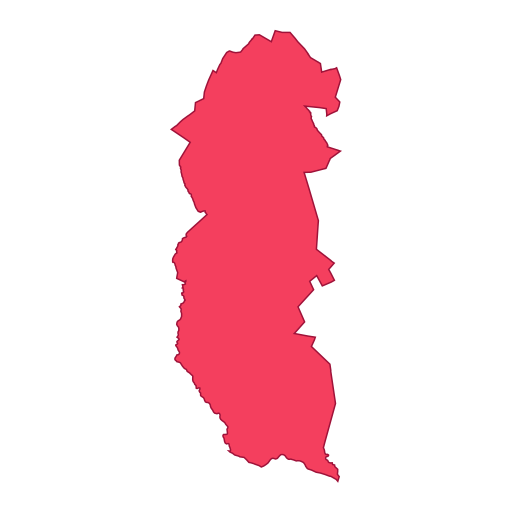 the district of Matobo, Matabeleland South, Zimbabwe
{"feature_id": "62879985B11044582115440", "entity_name": "Matobo", "entity_type": "district", "adm_level": 2, "iso_a3": "ZWE", "parent_name": "Zimbabwe", "parent_adm1": "Matabeleland South", "projection": "mercator", "projection_center": [28.344, -20.969], "detail": "fine", "context": "isolated", "style": "filled", "palette": "rose", "viewbox_px": 512, "rotation_deg": 0, "n_neighbors": 0, "source": "geoboundaries", "source_scale": "gbopen_adm2", "svg_char_len": 6072}
<svg xmlns="http://www.w3.org/2000/svg" viewBox="0 0 512 512"><path d="M259.4,34.8L255.0,35.1L252.5,38.8L252.3,38.7L251.9,39.0L251.2,40.2L249.6,42.0L249.0,42.9L248.8,43.7L243.0,48.7L243.0,49.1L240.6,52.1L235.9,52.7L232.9,52.2L229.7,51.0L229.3,51.0L226.7,52.5L222.7,58.6L220.9,63.3L219.9,64.5L217.7,69.2L216.3,72.7L213.0,70.5L208.6,80.2L206.4,86.0L204.4,92.0L203.7,98.6L195.5,102.6L194.7,110.9L189.5,114.9L187.8,116.0L183.0,119.5L180.4,121.8L176.4,125.8L175.6,126.1L171.3,129.4L183.4,137.5L190.2,142.3L179.3,160.2L179.4,164.8L179.6,165.7L180.3,166.2L180.7,167.0L180.7,167.5L180.5,167.8L180.5,168.4L181.2,170.2L181.1,171.1L181.1,172.1L181.6,173.7L182.1,176.5L182.7,177.4L183.0,178.5L183.1,179.4L183.8,181.4L184.1,182.9L185.0,183.9L184.8,185.2L185.3,185.9L185.4,186.6L186.2,187.6L186.7,188.2L187.1,188.5L187.3,188.9L187.9,189.6L188.0,191.0L188.3,191.6L189.0,192.4L189.3,193.4L190.0,193.8L190.3,193.7L190.8,193.9L191.3,194.6L191.4,195.3L191.2,196.2L192.5,198.2L193.3,200.7L194.2,202.5L194.5,204.0L195.9,207.7L198.1,211.2L198.5,211.5L199.8,211.7L200.1,212.2L200.7,212.2L201.8,211.6L203.9,210.9L205.1,210.9L205.2,211.2L205.2,212.4L206.0,213.1L206.2,213.6L207.0,214.6L187.8,232.0L186.4,233.6L186.1,234.7L186.2,235.5L186.4,235.4L186.7,236.4L185.9,237.3L184.6,237.5L183.2,238.1L182.4,238.8L182.4,239.9L181.9,241.1L180.8,242.2L179.1,242.6L178.5,243.2L178.5,243.7L177.9,244.5L177.9,245.6L177.3,247.1L176.9,247.5L176.5,248.8L176.0,249.0L175.7,249.3L175.8,249.6L176.8,250.7L176.6,251.9L176.9,252.9L175.3,254.0L173.5,257.0L172.8,258.7L172.6,260.1L172.7,262.0L172.9,262.3L173.5,262.2L174.1,262.6L174.7,263.3L175.1,264.6L175.2,265.3L175.8,266.4L176.1,268.3L177.7,272.6L176.9,276.9L176.7,278.4L184.1,281.8L185.8,280.8L185.8,281.0L185.8,281.5L185.0,282.8L185.4,283.9L184.9,284.2L184.8,284.3L183.7,284.7L182.4,284.7L182.9,286.9L182.9,287.2L182.4,287.8L183.1,287.9L183.1,288.2L183.0,288.5L183.5,289.1L183.2,289.4L183.2,289.9L183.4,290.7L183.4,291.4L183.7,291.7L183.7,292.0L182.9,292.6L182.7,293.0L181.9,292.9L181.7,293.5L182.0,294.3L182.0,295.0L183.5,295.8L183.9,296.5L183.9,297.9L184.2,298.7L184.5,298.9L184.9,299.7L185.0,299.9L184.7,300.2L184.9,300.6L184.3,301.2L183.9,302.2L182.9,303.2L180.9,304.0L180.9,305.2L180.7,305.6L180.4,306.0L179.4,306.6L179.5,306.9L180.8,308.3L181.2,309.2L180.9,311.3L181.6,313.4L181.6,316.4L180.5,319.1L179.5,320.1L178.4,320.6L177.6,321.4L177.1,322.1L176.7,324.3L177.3,325.7L178.5,327.1L178.9,328.9L178.7,330.8L178.1,331.7L178.0,332.3L178.0,333.4L178.3,334.5L178.3,334.9L178.2,335.5L177.0,337.2L178.5,338.3L178.9,338.9L179.0,339.6L177.0,341.4L176.9,342.0L177.6,343.2L177.6,343.7L177.4,344.0L175.9,344.8L175.8,345.6L177.4,347.7L178.2,350.2L179.4,352.0L179.5,353.0L179.2,353.9L178.4,354.6L177.9,354.8L177.1,354.8L176.8,355.0L176.4,356.0L175.0,358.1L174.9,359.2L175.1,359.8L175.4,360.2L176.2,360.8L176.9,361.7L178.7,362.1L180.3,362.7L182.5,366.2L184.0,368.0L184.5,368.5L186.1,369.3L186.6,369.9L187.2,371.4L190.0,373.2L190.1,373.5L192.6,375.8L192.8,376.4L192.7,379.5L192.9,380.8L193.2,381.6L194.3,383.0L194.8,384.4L195.6,385.1L196.0,385.5L196.3,388.3L197.1,388.5L198.9,387.8L199.9,388.1L199.9,389.2L199.2,390.5L199.2,391.0L199.7,392.1L200.6,393.0L200.6,395.3L201.0,396.0L203.4,397.6L204.1,398.6L204.6,400.3L205.4,401.9L206.6,402.4L208.3,402.6L209.5,403.5L210.3,404.9L210.4,406.1L211.1,408.0L212.7,410.2L213.5,411.9L214.6,413.1L216.8,413.7L217.1,413.7L218.0,413.3L218.9,413.2L219.5,413.7L219.9,414.3L220.1,415.4L219.9,416.6L220.0,417.9L220.7,419.3L222.0,420.5L224.7,422.5L225.9,424.5L227.8,426.6L227.9,426.9L227.8,427.9L227.0,429.2L227.4,432.5L227.4,433.7L227.2,434.0L226.4,434.4L223.6,434.5L223.3,434.8L223.0,435.4L223.0,436.2L223.3,437.1L224.0,438.2L224.6,441.5L225.2,443.0L226.5,443.9L227.8,443.6L228.6,443.6L229.0,444.1L229.3,446.2L229.9,447.4L230.5,449.6L230.5,450.6L230.2,451.2L228.9,451.0L229.9,452.0L232.6,453.3L234.6,454.9L235.1,455.1L238.7,456.1L239.8,456.8L244.1,457.4L246.6,459.8L248.9,462.4L251.0,462.8L253.9,463.7L255.0,464.2L259.1,465.6L261.3,467.0L263.7,466.0L265.7,464.7L267.7,463.2L268.2,462.7L270.1,460.0L271.5,458.6L272.5,458.3L273.4,458.3L275.6,459.0L276.2,458.8L277.3,458.4L277.6,458.1L279.0,456.4L280.7,454.7L282.1,454.5L283.5,454.7L285.0,455.6L286.6,457.9L288.3,459.2L289.3,459.3L290.9,459.1L292.0,459.5L293.3,459.8L296.2,460.9L297.8,460.7L299.6,460.8L301.1,461.3L303.5,462.5L305.0,464.6L305.7,466.3L307.2,468.4L308.1,469.0L311.4,470.0L316.1,472.2L320.3,473.0L325.1,474.5L328.8,475.9L330.1,476.3L330.8,476.3L336.2,479.4L337.8,481.3L339.2,476.6L337.4,474.3L337.7,471.5L337.7,469.3L334.8,466.6L334.6,465.0L332.6,464.5L332.2,462.8L330.5,463.0L329.9,462.7L328.9,462.5L328.4,462.1L327.9,460.8L327.5,460.2L326.3,459.7L325.7,459.0L325.6,457.8L326.3,456.6L327.8,456.4L328.5,455.6L328.5,455.0L327.6,454.4L327.0,454.3L325.9,454.4L325.3,453.9L324.7,452.5L324.5,450.8L324.2,449.6L323.4,447.7L325.1,441.2L335.5,403.5L330.7,371.1L330.8,370.4L329.9,364.2L311.4,346.5L314.4,339.9L315.3,337.2L307.6,336.0L294.3,333.5L304.6,321.9L298.0,306.8L313.6,289.7L309.7,281.3L316.7,275.6L322.3,285.9L331.2,282.1L334.4,280.3L330.8,273.2L328.7,269.4L334.2,263.1L331.3,261.1L331.1,260.7L316.4,249.3L318.1,224.2L318.4,220.7L309.2,189.3L304.1,172.4L310.9,172.2L326.0,168.3L329.3,160.7L329.8,159.8L330.2,158.5L340.4,151.1L327.3,146.8L327.4,145.8L327.8,145.6L327.7,145.0L326.7,142.8L325.5,141.2L325.0,140.2L323.9,139.1L323.6,137.8L321.7,135.9L321.5,134.7L319.5,132.7L317.3,130.2L317.0,129.0L316.6,128.4L315.5,127.4L314.7,127.1L314.4,126.9L314.3,125.4L313.6,124.6L313.7,123.9L312.3,121.1L311.9,119.9L311.2,118.8L311.2,117.7L311.5,116.4L311.0,115.9L310.7,114.5L310.7,114.1L310.5,113.3L310.8,113.0L310.6,112.6L309.6,111.9L309.7,111.3L309.1,110.9L308.4,109.9L307.4,109.1L306.6,108.0L304.8,106.1L319.7,107.6L326.2,108.6L326.8,114.3L326.7,115.8L330.6,113.7L337.2,110.7L338.9,106.4L339.8,102.0L335.3,97.2L340.7,79.6L339.3,75.2L336.6,67.8L334.9,68.7L332.8,69.1L331.0,69.6L330.9,69.3L321.7,72.1L320.4,63.5L310.5,57.6L308.1,54.2L308.3,54.1L304.6,48.9L297.8,41.8L295.1,38.3L290.0,32.4L282.1,32.4L275.2,30.7L271.3,41.7L259.4,34.8Z" fill="#f43f5e" stroke="#9f1239" stroke-width="1.5"/></svg>